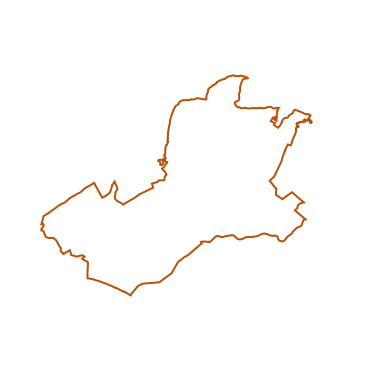 the district of Dumbravesti, Prahova, Romania, rotated 34°
{"feature_id": "2599482B52367928700528", "entity_name": "Dumbravesti", "entity_type": "district", "adm_level": 2, "iso_a3": "ROU", "parent_name": "Romania", "parent_adm1": "Prahova", "projection": "mercator", "projection_center": [25.982, 45.089], "detail": "fine", "context": "isolated", "style": "outline", "palette": "amber", "viewbox_px": 384, "rotation_deg": 34, "n_neighbors": 0, "source": "geoboundaries", "source_scale": "gbopen_adm2", "svg_char_len": 5928}
<svg xmlns="http://www.w3.org/2000/svg" viewBox="0 0 384 384"><g transform="rotate(34 192 192)"><path d="M195.2,312.3L199.0,312.0L198.7,310.3L199.8,300.1L202.4,295.6L215.4,285.1L220.5,270.7L219.6,257.9L219.7,257.3L222.2,249.8L224.0,246.7L227.4,233.9L228.8,229.2L227.3,228.4L228.3,227.3L230.8,225.6L233.7,224.3L234.8,223.4L235.0,222.8L235.5,220.8L236.3,216.5L236.8,215.3L237.5,214.3L239.7,213.4L242.1,212.7L244.2,210.3L248.0,206.5L249.0,205.6L250.4,204.9L251.3,204.7L256.1,205.4L257.6,204.9L258.4,204.4L260.0,202.9L261.3,200.4L262.4,198.9L263.6,198.2L265.2,196.7L266.7,196.0L267.3,195.6L268.1,194.5L269.7,193.2L271.2,191.5L273.6,187.4L275.0,186.1L277.9,184.8L279.9,184.7L282.4,183.7L283.4,183.3L284.3,182.2L286.6,181.2L288.3,181.3L290.0,183.0L292.0,183.4L294.0,182.7L295.3,181.7L295.5,181.2L295.9,179.7L296.1,176.1L296.3,175.3L297.3,172.9L297.6,171.7L297.9,171.0L297.9,167.8L298.5,165.3L298.9,163.2L300.7,160.4L301.5,158.9L301.5,158.3L300.9,156.3L300.3,153.4L300.4,152.4L300.9,151.6L301.4,151.2L287.6,149.7L288.2,146.6L288.2,146.1L287.5,144.9L287.4,142.8L287.8,141.8L288.7,140.1L290.6,138.1L275.0,136.3L270.9,147.4L263.3,147.4L263.1,147.3L260.5,142.9L260.2,142.1L257.2,141.5L250.1,139.1L251.5,133.5L251.3,132.1L249.0,116.5L247.8,113.2L247.1,110.3L246.7,109.4L246.4,106.2L245.9,106.3L244.9,99.0L247.6,98.2L247.3,95.9L246.2,92.4L246.1,91.1L245.7,89.9L245.2,86.4L244.4,83.3L243.9,83.2L243.6,82.8L243.3,81.9L242.6,81.1L242.5,80.5L242.3,80.1L242.3,79.9L242.9,79.6L242.7,78.9L243.8,78.7L243.9,78.3L243.3,77.9L241.7,78.0L240.8,77.5L240.6,77.3L240.5,76.8L240.6,75.9L241.7,75.6L242.1,75.3L242.1,75.1L241.7,74.2L242.1,73.5L243.2,73.3L243.3,73.1L243.3,72.7L243.6,72.4L244.9,72.0L245.1,71.4L246.3,70.7L246.4,70.1L246.1,70.0L245.9,70.0L245.9,70.5L245.8,70.8L245.2,71.0L244.7,70.9L244.6,70.4L244.7,69.9L244.6,69.4L244.7,69.0L245.8,69.0L245.9,68.4L246.0,68.3L247.5,68.3L247.6,67.5L248.9,67.5L249.2,67.3L250.1,67.6L250.6,68.2L251.0,68.3L251.5,68.4L252.3,68.0L251.8,66.7L251.1,66.8L250.3,66.2L249.9,66.3L247.3,65.7L247.3,64.7L247.7,63.5L247.8,63.0L247.2,62.2L246.2,62.1L244.8,62.4L244.5,62.7L244.5,63.0L245.3,63.0L243.1,63.6L241.7,64.2L240.7,64.2L236.8,64.9L232.8,65.8L231.0,66.6L231.0,67.9L231.4,70.3L229.8,74.0L229.8,75.9L229.7,76.6L228.6,78.0L227.3,79.1L227.0,79.9L226.9,82.5L227.7,85.2L227.8,87.1L227.5,90.6L222.3,90.6L222.1,89.3L222.3,88.4L217.7,89.3L217.5,85.5L219.7,85.5L219.8,85.7L221.5,85.8L222.2,85.6L222.1,85.0L219.7,84.8L219.3,84.7L218.4,83.8L218.5,83.6L219.1,83.4L220.8,83.4L220.7,82.9L220.4,82.3L219.4,81.3L218.7,79.6L217.6,78.2L217.5,77.9L217.7,77.1L217.3,75.8L216.8,75.9L216.6,75.3L216.8,73.8L215.0,74.9L214.0,76.3L212.7,77.3L212.1,77.4L210.2,77.2L209.4,77.5L207.5,79.1L205.6,81.6L204.5,82.6L201.4,84.2L198.9,86.3L198.1,86.7L196.7,87.8L196.0,88.2L195.5,88.2L194.0,89.8L192.3,91.1L190.1,92.0L187.8,93.3L186.7,94.6L186.1,95.0L185.1,95.2L183.9,95.2L182.8,96.0L180.9,96.1L178.7,95.1L177.4,94.0L177.4,93.4L177.6,93.1L178.5,91.8L179.0,90.8L179.3,90.0L179.4,88.9L177.8,86.5L176.6,85.2L176.2,84.5L175.8,83.6L175.8,82.5L175.6,81.8L174.9,80.6L173.0,77.8L171.9,74.1L171.7,72.6L171.2,70.1L171.6,69.3L173.9,67.3L174.5,66.4L173.3,66.3L171.9,66.5L169.9,67.4L167.5,68.1L166.6,69.3L164.7,70.7L162.7,71.8L161.7,71.8L160.4,72.7L159.1,74.2L158.5,75.1L157.1,76.5L156.7,77.8L156.1,79.2L156.1,80.0L155.4,80.5L154.4,81.5L153.8,82.7L153.0,83.5L152.1,85.0L151.9,86.1L151.1,86.9L151.3,88.7L150.8,89.6L150.8,90.5L150.0,91.2L149.6,91.7L149.3,93.7L148.4,95.5L148.4,96.4L148.1,97.1L148.1,97.6L149.3,100.4L149.6,102.1L150.2,104.2L150.8,105.4L151.5,106.1L152.1,107.4L143.5,111.5L143.3,112.1L141.9,114.1L140.8,115.0L139.4,115.6L138.8,116.9L137.1,117.9L135.7,119.4L134.2,120.0L133.1,120.9L131.2,124.2L131.5,125.9L131.5,127.0L131.4,127.6L130.5,129.4L130.4,130.6L130.7,134.3L130.9,134.7L132.2,140.2L132.7,141.4L133.0,142.8L134.3,145.9L135.7,148.4L136.1,150.1L137.5,153.1L138.1,153.8L138.4,155.5L140.0,157.6L141.3,160.4L141.5,160.8L141.9,160.7L143.1,162.9L143.3,163.7L144.0,163.6L144.8,166.7L144.8,167.2L144.4,167.4L145.3,170.3L146.1,171.7L148.8,176.0L148.3,177.3L149.0,177.5L149.9,178.2L150.9,178.3L151.4,179.1L151.4,179.4L151.1,179.7L150.4,179.8L150.1,180.0L150.0,180.8L149.7,181.4L148.9,182.4L147.3,183.2L146.5,184.1L146.3,184.8L146.7,185.2L148.1,184.9L149.0,185.1L149.8,185.7L150.0,186.0L149.9,186.8L150.2,187.1L151.2,186.9L151.8,186.6L152.2,186.0L152.3,184.8L152.1,184.1L151.2,183.3L150.9,181.8L150.9,181.2L151.1,180.9L151.9,180.7L153.4,181.7L153.9,181.7L154.6,181.2L155.0,181.3L155.0,181.7L154.7,184.0L154.8,187.6L154.5,188.4L154.2,188.7L154.1,189.3L154.8,189.7L158.8,190.4L160.2,191.5L161.1,191.9L160.9,194.5L162.4,197.7L161.0,198.9L158.2,200.7L158.1,201.1L157.8,202.9L154.0,207.5L155.5,208.4L157.4,210.5L156.1,212.3L149.6,223.6L147.4,229.5L141.8,241.0L139.1,240.8L134.6,241.3L132.2,240.7L131.6,240.3L130.5,238.9L129.3,235.8L128.7,235.2L128.6,234.3L128.6,232.7L128.5,231.7L128.0,230.6L127.2,229.8L124.1,228.2L123.1,227.0L122.3,226.8L121.9,226.7L122.2,228.3L121.9,230.2L121.9,231.0L122.8,232.9L124.1,237.6L124.3,238.7L122.4,244.0L120.7,246.9L105.7,239.2L104.2,242.7L101.3,248.5L100.8,250.0L99.7,254.8L97.7,258.0L97.1,259.7L94.5,264.5L93.8,266.6L92.6,271.2L92.3,272.0L90.8,274.4L89.4,277.1L84.8,289.9L82.5,294.9L85.2,302.8L86.2,301.6L87.0,301.9L87.9,302.9L87.9,305.2L87.8,306.4L88.3,307.9L88.7,308.1L89.5,307.5L90.7,307.6L91.8,308.2L93.8,309.8L94.6,309.8L95.0,310.6L96.6,310.9L98.6,310.4L102.8,307.6L106.3,308.0L107.7,308.6L111.6,310.7L114.9,312.0L115.3,312.4L115.4,313.5L116.0,314.0L116.5,314.7L117.8,315.0L119.0,314.6L119.9,315.4L120.4,315.0L120.8,313.3L122.0,311.4L123.3,308.5L127.1,311.7L132.3,310.2L136.2,305.9L139.0,305.6L139.0,306.3L138.3,308.8L140.8,308.7L143.8,308.3L144.6,308.3L145.2,308.7L145.7,309.4L150.3,317.1L153.6,321.9L158.5,319.8L165.4,317.7L172.3,316.0L179.0,314.7L181.9,314.4L181.9,314.1L182.5,313.9L189.4,313.2L189.9,313.0L190.5,312.5L191.6,313.0L192.0,312.9L192.7,312.3L195.2,312.3Z" fill="none" stroke="#b45309" stroke-width="2"/></g></svg>